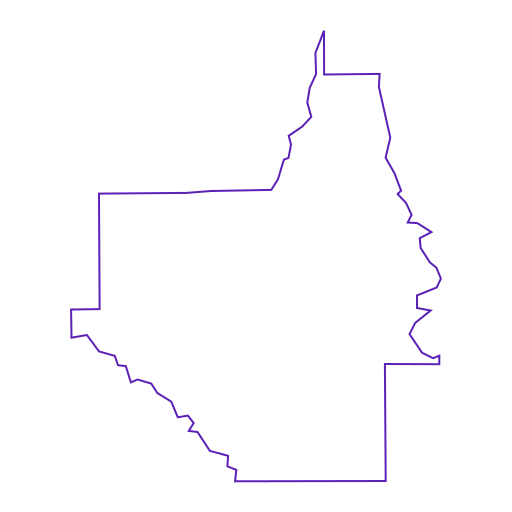 outline of Dallas, Alabama, United States of America
{"feature_id": "52423323B88662766732523", "entity_name": "Dallas", "entity_type": "district", "adm_level": 2, "iso_a3": "USA", "parent_name": "United States of America", "parent_adm1": "Alabama", "projection": "robinson", "projection_center": [-87.077, 32.389], "detail": "fine", "context": "isolated", "style": "outline", "palette": "violet", "viewbox_px": 512, "rotation_deg": 0, "n_neighbors": 0, "source": "geoboundaries", "source_scale": "gbopen_adm2", "svg_char_len": 953}
<svg xmlns="http://www.w3.org/2000/svg" viewBox="0 0 512 512"><path d="M71.1,309.5L71.5,337.7L86.9,335.0L99.0,351.4L114.8,355.9L118.0,365.2L125.8,366.1L130.9,382.4L137.5,379.5L151.3,383.6L157.2,392.9L171.3,401.7L177.8,417.3L187.8,415.6L193.7,423.0L188.8,430.9L197.5,432.0L209.9,450.9L228.1,455.8L227.4,466.3L236.3,469.9L235.1,481.3L385.7,481.0L384.9,364.0L439.3,364.2L439.3,355.7L433.2,358.2L422.1,352.8L409.5,334.1L415.2,322.9L430.6,310.5L417.0,308.0L417.0,295.4L436.7,287.5L440.9,278.6L436.4,267.7L429.9,262.4L420.7,248.1L419.7,238.2L431.4,232.1L417.3,223.1L407.7,222.5L411.6,214.8L406.0,202.9L397.6,194.0L401.1,190.7L394.5,173.3L385.6,157.7L390.3,137.6L378.9,87.0L379.6,73.9L324.1,74.5L324.0,30.7L315.4,53.0L316.1,74.0L309.7,87.9L307.3,102.6L311.3,116.8L302.2,126.6L288.7,135.8L291.0,144.5L288.5,157.9L283.9,159.6L278.0,179.2L271.3,189.9L211.2,191.0L186.4,192.9L99.0,193.6L99.6,309.1L71.1,309.5Z" fill="none" stroke="#5b21b6" stroke-width="2"/></svg>